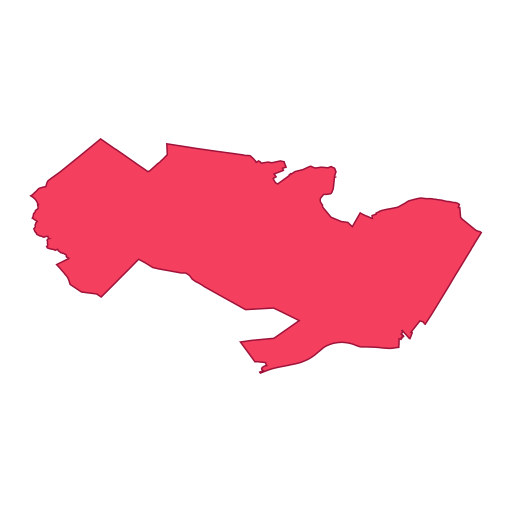 the district of Utrechtse Heuvelrug, Utrecht, Netherlands
{"feature_id": "6326949B53566260910730", "entity_name": "Utrechtse Heuvelrug", "entity_type": "district", "adm_level": 2, "iso_a3": "NLD", "parent_name": "Netherlands", "parent_adm1": "Utrecht", "projection": "robinson", "projection_center": [5.38, 52.029], "detail": "fine", "context": "isolated", "style": "filled", "palette": "rose", "viewbox_px": 512, "rotation_deg": 0, "n_neighbors": 0, "source": "geoboundaries", "source_scale": "gbopen_adm2", "svg_char_len": 5831}
<svg xmlns="http://www.w3.org/2000/svg" viewBox="0 0 512 512"><path d="M398.8,347.3L398.9,344.2L399.0,344.2L399.1,338.8L401.0,339.4L402.1,337.8L401.7,337.6L402.3,337.2L402.6,337.0L403.4,336.7L403.6,336.4L402.7,335.9L403.1,335.5L402.0,334.8L402.2,334.7L401.2,333.9L403.0,331.9L401.9,330.7L402.3,330.5L404.5,333.0L406.2,334.8L408.6,337.6L409.2,338.3L409.9,338.7L410.1,338.2L410.7,336.9L412.1,333.1L412.2,332.5L412.1,332.4L412.3,332.4L411.0,332.2L419.9,320.9L423.1,321.8L424.6,323.9L425.2,324.2L431.7,314.2L449.1,285.7L454.5,276.5L460.8,266.3L466.7,256.5L469.6,251.8L470.8,249.9L471.4,248.6L473.7,245.0L474.6,243.3L481.3,232.6L480.2,231.8L480.0,231.6L478.4,231.3L477.2,230.9L475.9,230.3L473.4,228.3L464.4,220.9L463.1,219.9L462.2,219.4L462.3,219.2L460.6,217.4L459.8,207.6L458.3,207.5L459.4,204.4L458.8,204.1L458.0,203.5L457.0,203.0L456.0,202.8L455.1,202.5L453.4,202.5L450.7,201.9L449.4,201.6L446.6,201.4L446.1,201.2L444.4,200.9L442.0,200.2L438.9,199.8L438.3,199.8L435.7,199.3L433.2,199.1L432.4,198.8L431.1,198.7L429.9,198.6L428.1,198.7L425.8,198.6L420.9,198.0L417.3,198.6L408.9,200.8L407.6,201.5L406.2,202.4L405.4,203.0L398.0,207.1L396.0,207.6L389.3,208.9L387.8,209.1L382.0,210.4L380.6,210.9L380.3,211.1L380.2,211.2L379.7,211.2L379.7,211.4L379.2,211.7L378.2,212.1L376.1,213.1L376.2,214.1L372.0,215.6L372.4,218.4L371.5,218.3L371.0,218.1L368.5,216.8L365.1,215.5L361.3,213.6L360.2,212.9L352.3,226.7L347.8,222.4L341.2,221.5L331.0,217.2L325.4,210.4L322.7,207.2L322.5,205.6L322.4,204.8L321.8,204.2L320.5,202.0L320.3,201.2L320.2,200.2L320.3,198.9L320.6,198.1L323.2,194.9L323.7,194.5L324.1,194.4L324.8,194.4L326.3,194.4L327.2,194.3L330.2,193.8L330.8,193.6L331.3,193.2L331.9,192.2L333.0,189.4L333.2,188.7L333.4,187.4L333.8,183.8L334.3,178.7L334.4,178.0L334.3,177.8L334.5,177.6L334.8,177.3L335.2,177.1L334.6,176.9L334.6,176.3L335.1,174.4L335.9,172.1L336.0,171.7L335.8,171.2L335.4,170.5L335.2,169.7L335.0,169.1L334.6,168.3L334.2,168.0L333.8,167.8L332.2,167.3L331.6,166.6L331.0,166.7L330.2,166.8L328.1,167.8L322.9,167.3L320.9,167.2L320.1,167.3L318.5,167.6L315.6,168.0L314.0,167.7L311.9,166.7L311.0,166.3L310.5,166.3L310.0,166.4L308.9,166.9L308.5,167.0L302.9,169.6L295.0,171.6L293.9,172.3L291.4,174.0L290.9,173.6L290.6,173.8L289.8,174.4L289.5,175.3L289.3,175.3L289.4,175.5L289.1,175.7L277.8,183.9L275.7,183.0L274.0,180.3L273.2,178.6L274.1,177.9L276.1,176.8L274.1,174.0L283.4,170.4L282.5,168.3L286.1,167.2L284.6,163.3L284.4,162.7L284.2,161.8L280.4,160.9L272.7,162.6L270.8,162.7L269.4,162.2L268.0,162.1L265.3,162.5L262.8,162.9L262.4,163.0L261.2,163.1L260.5,162.1L258.6,160.9L256.2,162.4L255.4,160.8L254.4,159.9L253.7,159.0L252.7,158.0L250.1,155.7L248.4,155.5L246.3,155.5L245.0,155.4L242.9,154.9L209.4,150.3L193.5,148.0L166.8,143.8L167.3,154.7L162.9,159.2L161.2,160.7L160.1,161.9L159.4,162.5L157.1,164.1L156.9,164.4L154.4,166.7L151.8,169.0L151.6,169.2L149.8,170.8L148.1,171.5L147.9,171.7L147.4,171.4L147.3,171.2L147.0,171.0L144.3,169.1L138.7,165.3L125.6,156.1L116.1,149.5L114.8,148.8L100.6,138.9L95.7,143.0L79.2,156.5L59.9,172.1L51.8,177.9L48.1,180.7L47.4,181.8L47.1,182.4L46.7,183.5L46.0,186.1L45.8,186.5L45.4,186.7L43.2,187.1L39.2,188.3L38.5,188.8L35.8,191.6L33.9,193.3L32.6,194.7L32.2,195.0L31.0,195.6L30.7,195.8L32.3,196.8L33.6,197.8L34.8,198.9L35.7,199.9L36.7,201.4L37.5,203.1L37.6,203.7L37.7,204.9L38.2,204.8L37.7,205.6L37.9,206.1L38.1,206.7L38.1,208.2L38.0,208.7L37.7,208.9L36.8,209.5L35.5,210.5L35.4,210.7L35.3,210.9L35.3,211.3L35.1,211.9L35.1,212.2L34.7,212.6L33.8,213.3L33.6,213.8L33.3,214.9L33.2,216.2L32.7,217.4L32.8,217.6L32.3,218.1L37.2,221.4L36.8,221.8L36.0,222.9L35.7,223.1L35.7,223.4L35.6,224.1L35.2,224.7L35.1,225.0L35.3,226.6L35.2,227.2L34.0,228.5L33.9,228.7L33.8,228.9L34.2,229.6L34.7,231.1L35.6,232.4L36.3,232.9L36.4,233.7L36.8,234.3L37.2,234.6L38.2,235.0L39.8,235.9L41.8,236.3L42.8,236.9L43.7,237.2L44.4,237.1L45.8,236.4L47.9,236.5L48.1,237.3L48.3,237.8L48.9,238.5L49.2,238.6L48.3,238.8L48.1,239.0L47.5,239.4L47.2,239.9L47.1,240.2L47.1,240.4L47.3,240.7L47.5,241.3L47.5,243.7L47.7,244.8L47.6,245.3L47.2,246.2L47.2,246.4L46.7,246.5L47.0,247.2L47.4,247.9L49.3,248.6L51.3,249.1L52.7,249.3L54.3,249.7L54.9,250.0L55.1,250.3L57.6,249.3L58.2,250.5L58.4,250.9L59.4,251.4L59.7,251.7L60.2,252.3L60.6,252.6L61.3,252.8L61.8,252.8L62.3,253.1L62.7,253.3L63.8,253.4L64.5,254.0L65.7,254.6L66.3,255.0L66.4,255.6L66.2,256.3L66.4,256.8L66.6,257.1L67.3,257.3L68.2,257.8L68.3,257.8L68.7,258.3L68.8,258.5L56.6,264.6L60.8,269.1L60.9,269.4L64.1,273.0L65.1,274.4L66.5,275.9L67.2,276.9L68.0,278.2L68.4,279.2L69.1,281.0L70.1,284.4L80.9,291.6L81.6,292.0L82.2,292.1L96.1,293.9L96.8,294.1L99.4,295.8L101.2,297.0L114.9,283.3L119.2,278.9L127.8,270.3L138.6,259.3L145.2,262.8L151.1,266.5L153.0,267.6L153.5,267.8L154.1,267.8L158.2,268.8L180.2,272.8L181.4,273.0L185.1,273.0L185.9,273.1L189.6,275.5L191.0,277.5L192.2,279.1L193.4,280.0L195.5,281.5L198.8,283.1L202.8,285.5L204.1,286.5L205.1,287.1L210.0,289.8L224.8,298.1L245.5,309.6L246.1,309.6L272.3,308.1L273.1,308.0L274.3,308.4L280.2,311.2L299.2,320.6L280.1,334.0L273.9,338.3L251.5,340.4L240.4,342.0L255.0,361.8L256.7,361.7L257.9,361.7L260.9,362.1L262.6,362.2L265.5,362.6L265.7,363.4L266.8,365.6L265.5,365.7L264.4,366.1L263.0,366.9L262.1,367.7L261.8,368.1L261.7,368.6L261.6,368.8L261.7,369.2L262.1,369.9L262.3,370.2L263.1,370.6L262.6,371.0L259.7,372.1L260.4,373.1L268.3,370.0L271.0,369.1L273.8,368.3L278.1,367.3L287.3,365.5L287.9,365.5L288.5,365.3L288.6,365.2L296.4,363.6L300.8,362.4L303.8,361.2L307.7,359.5L310.0,358.2L312.1,356.9L314.6,355.1L323.2,347.9L324.8,346.8L326.8,345.7L328.0,345.2L328.9,344.8L330.2,344.3L332.7,343.5L334.9,343.0L337.7,342.6L339.7,342.4L342.5,342.3L346.4,342.7L348.9,343.1L352.1,343.9L354.6,344.8L356.3,345.5L358.4,346.3L359.8,346.7L361.1,346.9L365.9,346.9L374.9,347.2L379.8,347.6L383.1,348.0L389.2,348.4L391.7,348.3L398.8,347.3Z" fill="#f43f5e" stroke="#9f1239" stroke-width="1.5"/></svg>